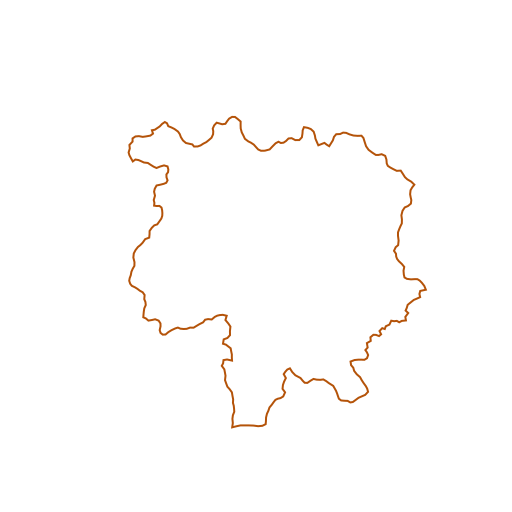 Três Corações, Minas Gerais, Brazil, rotated 32°
{"feature_id": "56859067B1286472531500", "entity_name": "Três Corações", "entity_type": "district", "adm_level": 2, "iso_a3": "BRA", "parent_name": "Brazil", "parent_adm1": "Minas Gerais", "projection": "albers", "projection_center": [-45.209, -21.698], "detail": "fine", "context": "isolated", "style": "outline", "palette": "amber", "viewbox_px": 512, "rotation_deg": 32, "n_neighbors": 0, "source": "geoboundaries", "source_scale": "gbopen_adm2", "svg_char_len": 4988}
<svg xmlns="http://www.w3.org/2000/svg" viewBox="0 0 512 512"><g transform="rotate(32 256 256)"><path d="M326.6,413.9L329.8,410.6L332.6,407.9L336.0,405.8L339.8,403.4L343.8,401.1L348.0,399.2L351.4,396.6L353.3,393.5L352.0,390.9L350.1,387.6L348.9,384.0L348.5,380.7L347.7,377.3L348.2,373.8L348.4,370.5L348.7,367.7L350.1,365.5L352.1,363.5L353.5,360.7L352.9,356.2L348.9,354.6L347.2,351.1L346.4,347.7L346.0,343.7L342.1,341.5L342.2,338.6L342.7,335.7L344.3,333.3L348.2,335.2L352.6,336.3L355.4,336.1L358.4,335.9L361.6,337.0L364.4,337.7L366.8,336.4L368.3,332.9L369.9,329.8L373.0,328.7L376.2,326.9L378.5,325.0L381.9,324.9L385.1,325.2L387.6,325.2L390.3,325.2L392.9,326.6L395.3,327.9L397.6,329.6L399.9,331.5L401.9,333.1L404.7,333.4L407.5,332.0L410.5,330.3L413.6,330.2L415.5,328.5L416.7,325.5L418.1,321.9L420.0,319.1L422.2,315.9L423.0,311.8L420.5,309.5L418.0,308.1L414.5,306.7L411.3,305.2L408.5,303.6L404.1,302.9L400.1,301.4L397.7,299.2L394.5,298.2L392.1,295.4L394.7,292.0L397.7,289.7L399.9,288.3L402.9,286.6L404.3,283.9L403.6,280.6L401.1,278.9L398.6,277.8L399.2,274.5L396.2,271.1L398.3,267.2L396.1,264.3L397.3,260.6L399.6,259.3L402.8,258.7L403.6,256.1L400.5,254.2L401.3,250.3L403.9,249.7L403.3,246.8L405.5,243.5L405.0,239.2L407.7,238.1L409.8,236.4L412.6,236.3L414.0,233.8L417.3,231.2L414.9,228.5L415.3,223.7L411.8,223.0L411.4,220.3L410.5,217.0L411.9,213.0L413.1,209.6L414.8,207.2L417.0,203.9L414.7,201.6L413.8,198.6L417.9,194.6L414.6,192.2L410.8,190.8L407.9,190.1L405.2,190.1L402.9,191.5L399.8,193.7L396.1,195.4L393.3,195.5L391.2,193.4L388.9,190.3L387.5,186.7L384.0,185.5L379.9,184.7L377.2,183.7L375.2,182.2L373.5,179.9L370.3,178.5L369.8,174.5L370.8,171.5L368.8,167.4L365.7,163.6L363.9,160.7L363.2,157.3L362.7,154.1L362.4,151.1L360.4,147.7L357.7,144.4L356.3,140.0L356.4,136.0L358.4,133.1L359.6,129.5L358.1,126.3L356.3,124.5L354.0,122.0L352.2,118.3L352.1,115.1L352.5,111.6L348.3,110.7L343.6,110.8L340.5,110.2L337.2,108.6L333.5,106.9L330.2,109.2L326.2,109.6L322.8,109.8L320.0,109.7L317.8,108.2L315.5,105.1L312.5,102.6L308.6,103.1L306.4,105.3L304.0,106.8L299.8,106.7L295.2,106.3L291.2,104.6L287.6,101.6L284.6,99.0L281.7,98.1L278.6,100.2L274.8,102.2L270.8,103.3L267.2,103.8L264.5,105.2L262.7,108.0L259.5,110.2L259.0,113.6L259.9,117.2L259.9,121.0L259.9,124.1L256.8,124.1L254.1,123.8L252.4,126.1L250.2,129.1L247.4,127.2L244.2,125.0L242.1,122.6L239.0,120.0L235.2,119.3L232.0,119.9L228.4,121.3L229.0,124.7L230.5,127.5L232.0,131.0L231.3,134.7L227.9,136.9L223.8,137.2L221.3,139.1L220.5,142.6L219.3,145.3L217.2,147.0L214.5,147.2L212.9,150.0L211.9,154.4L211.1,158.4L207.7,162.0L204.5,164.1L201.4,164.5L198.5,163.7L195.1,162.7L191.5,162.6L188.7,162.9L184.5,162.5L181.6,160.6L178.4,158.7L175.5,156.0L173.6,153.2L171.7,150.1L167.7,149.5L164.5,149.2L162.0,150.7L160.4,153.8L160.1,157.0L160.0,160.1L157.5,162.2L155.0,162.9L152.0,163.8L151.3,167.4L151.8,170.9L153.6,172.8L155.1,175.5L155.6,179.3L154.6,182.6L153.5,185.8L151.8,188.6L150.4,191.6L148.4,194.1L145.4,196.0L142.9,195.1L140.4,196.0L136.7,197.3L132.8,196.7L129.3,195.0L126.7,193.0L123.9,191.8L119.5,191.5L116.2,191.8L112.8,192.4L110.2,190.6L107.7,190.7L106.4,193.7L105.7,197.1L104.5,199.8L103.3,202.5L101.1,204.5L103.8,206.8L102.6,209.9L99.2,213.0L96.8,215.0L93.2,216.4L90.4,218.5L89.0,221.7L90.7,224.4L89.8,228.9L92.0,231.7L93.1,235.7L95.2,237.6L98.3,239.4L101.4,241.1L102.6,238.1L105.5,236.9L108.1,236.5L111.4,236.1L115.0,234.4L118.3,234.5L121.8,234.5L125.0,234.1L127.3,230.9L130.0,227.9L133.5,226.9L135.8,229.1L137.0,231.5L136.8,234.3L138.4,236.7L140.9,238.7L141.1,241.5L139.5,243.7L136.9,246.4L134.3,248.9L134.5,252.6L135.5,255.5L138.4,258.4L139.6,262.7L141.7,264.8L142.9,267.3L145.2,266.3L147.6,264.7L150.2,265.0L152.2,267.0L153.9,269.3L155.2,271.6L155.9,274.4L155.7,278.1L155.5,281.5L153.5,283.9L152.7,287.3L152.5,291.2L154.1,293.8L155.7,297.0L153.1,300.4L152.8,305.0L152.1,308.1L151.1,310.9L150.7,314.8L151.0,318.6L152.8,322.3L156.2,325.6L158.1,328.8L158.2,332.0L158.7,335.4L160.0,338.7L160.6,341.7L161.6,344.2L164.0,346.2L166.5,347.1L170.0,346.7L172.9,346.7L175.9,347.0L179.1,346.8L182.2,348.1L184.1,351.8L186.6,353.6L188.5,356.0L189.0,359.6L190.3,362.6L191.6,365.2L192.9,367.7L195.7,367.3L199.0,367.8L201.7,365.4L204.0,363.1L207.7,362.4L210.7,363.8L212.3,366.2L213.6,369.9L215.8,371.8L218.6,372.1L220.9,370.5L222.0,367.0L223.7,363.6L225.9,360.2L227.7,358.1L230.4,357.7L233.4,356.2L235.8,354.5L238.0,351.7L241.1,349.8L242.5,347.0L244.2,343.7L246.3,340.3L246.6,337.0L248.8,334.9L252.1,333.3L253.3,329.5L254.7,327.2L256.6,325.3L259.0,323.5L262.8,322.2L264.0,326.5L268.3,327.9L271.7,329.4L273.7,333.5L275.9,336.9L275.2,340.7L272.8,343.8L274.5,347.9L277.5,347.1L280.2,347.4L283.4,347.7L285.5,350.0L287.7,352.3L289.3,354.9L291.1,357.4L286.3,359.1L283.6,361.5L285.0,364.5L285.2,367.3L289.2,368.9L291.7,371.6L293.6,373.7L295.5,377.7L298.4,380.0L301.0,382.0L304.2,382.9L307.8,384.4L310.1,387.0L312.6,389.7L314.3,392.8L316.5,394.8L318.3,397.1L320.1,399.6L320.8,403.3L322.3,406.6L324.9,410.0L326.6,413.9Z" fill="none" stroke="#b45309" stroke-width="2"/></g></svg>